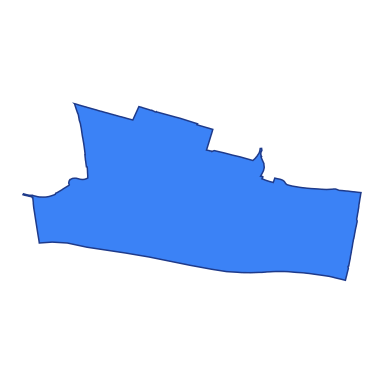 the district of Gorinchem, Zuid-Holland, Netherlands
{"feature_id": "6326949B72596125477073", "entity_name": "Gorinchem", "entity_type": "district", "adm_level": 2, "iso_a3": "NLD", "parent_name": "Netherlands", "parent_adm1": "Zuid-Holland", "projection": "natural_earth1", "projection_center": [4.979, 51.841], "detail": "fine", "context": "isolated", "style": "filled", "palette": "blue", "viewbox_px": 384, "rotation_deg": 0, "n_neighbors": 0, "source": "geoboundaries", "source_scale": "gbopen_adm2", "svg_char_len": 5672}
<svg xmlns="http://www.w3.org/2000/svg" viewBox="0 0 384 384"><path d="M345.4,280.3L345.7,279.1L346.1,277.4L346.7,275.2L347.1,273.4L347.7,271.0L348.4,268.3L348.0,267.1L348.0,266.8L348.5,266.8L348.4,266.8L348.4,266.7L348.3,266.3L348.4,265.9L348.6,265.5L348.8,265.6L349.5,261.8L349.9,259.9L350.2,258.6L350.3,257.7L350.5,256.1L350.9,254.3L351.2,252.5L351.3,252.4L351.3,252.2L351.4,251.2L351.5,250.5L351.6,250.1L351.8,249.1L352.4,245.9L352.5,244.8L352.7,243.9L352.8,242.9L353.1,241.7L353.2,240.8L353.4,239.8L353.6,238.9L353.7,238.4L353.8,238.4L353.9,237.9L354.3,235.9L354.5,234.5L354.8,232.8L355.0,232.1L355.1,231.3L355.3,230.2L355.5,229.2L355.6,228.6L355.8,227.9L355.9,227.2L356.1,226.6L356.3,225.6L356.5,224.7L356.7,223.5L356.8,223.1L357.0,222.4L357.1,221.7L357.1,221.1L357.1,220.6L357.0,220.4L356.8,219.9L356.7,219.5L356.7,219.2L356.7,218.8L356.8,218.4L356.9,218.1L356.9,217.8L357.1,216.9L357.3,215.8L357.5,214.4L357.7,213.2L358.0,212.0L358.2,210.5L358.3,209.6L358.6,208.2L358.7,207.3L358.8,206.5L358.9,206.0L358.8,205.5L359.3,202.8L360.0,198.3L360.4,196.2L360.6,194.6L361.0,192.6L357.9,192.3L354.8,191.9L352.6,191.7L350.1,191.4L348.0,191.1L346.5,191.0L346.2,191.0L342.6,190.6L339.6,190.4L339.2,190.4L338.7,190.2L337.5,189.7L336.1,189.2L335.8,189.1L335.4,189.0L335.2,189.0L333.7,189.0L332.4,189.2L330.2,189.3L328.5,189.4L326.7,189.5L324.0,189.4L322.6,189.3L322.0,189.3L318.4,189.0L316.8,188.9L315.2,188.8L313.5,188.7L311.6,188.6L309.3,188.4L306.8,188.2L305.4,188.0L302.4,187.7L301.0,187.5L299.5,187.3L297.2,186.9L292.9,186.2L292.3,186.1L290.4,185.6L289.4,185.4L289.1,185.3L287.8,184.9L287.4,184.8L286.9,184.6L286.4,184.2L286.1,183.9L285.8,183.7L285.6,183.4L285.3,183.0L285.0,182.5L284.6,181.9L284.2,181.4L284.0,181.2L283.7,181.0L283.5,180.8L283.2,180.6L282.9,180.4L282.4,180.1L281.9,179.9L280.9,179.5L280.6,179.4L279.4,179.1L277.8,178.8L276.9,178.6L274.8,178.1L274.0,180.5L273.2,182.5L272.3,182.2L269.8,181.6L267.7,180.9L266.4,180.5L265.3,180.1L264.3,179.7L262.6,179.0L262.0,178.8L262.5,177.9L262.7,177.4L262.4,177.3L262.7,176.6L261.5,176.2L260.8,176.2L260.6,176.2L262.4,172.9L263.5,170.6L264.2,167.7L264.2,167.0L264.0,165.4L263.9,164.4L263.9,163.6L263.5,162.7L263.4,162.5L263.0,161.6L261.8,158.9L261.0,156.9L261.6,156.6L261.2,155.8L260.9,155.1L260.9,154.9L260.9,154.4L260.9,154.2L260.7,154.1L260.9,152.6L261.1,152.0L261.9,150.4L261.6,148.4L260.2,148.5L260.1,149.4L260.0,149.8L259.9,150.5L259.8,151.1L259.6,151.6L259.4,152.1L259.1,153.0L258.9,153.3L258.8,153.5L258.0,154.7L257.6,155.2L257.2,156.0L255.6,157.8L255.6,158.0L252.9,160.5L240.2,156.9L235.5,155.8L232.8,155.2L228.7,154.1L223.7,152.8L214.2,150.6L213.2,151.0L212.6,151.2L212.3,151.4L212.0,151.5L211.8,151.6L211.7,151.5L211.8,151.2L209.5,150.8L209.2,150.6L206.5,150.1L209.2,141.3L211.4,134.1L211.5,134.0L211.5,133.9L212.8,129.4L199.4,125.5L196.9,124.7L197.5,123.8L180.2,118.3L175.2,117.0L172.7,116.3L162.8,113.6L156.6,111.9L156.4,111.7L156.0,112.3L155.9,112.6L155.9,112.4L155.9,112.2L154.8,111.7L153.1,110.9L151.7,110.2L151.4,110.2L151.2,110.4L148.5,109.5L142.9,107.8L141.5,107.3L141.2,107.2L140.3,107.0L138.9,106.6L133.2,119.2L132.8,120.0L126.8,118.4L125.2,117.9L124.9,117.8L124.6,117.7L123.6,117.5L122.6,117.2L121.6,116.9L121.0,116.8L120.6,116.7L119.7,116.5L118.0,116.0L117.4,115.8L116.1,115.5L115.7,115.3L114.3,115.0L114.0,114.9L112.7,114.5L112.4,114.4L112.1,114.4L111.6,114.2L111.1,114.1L107.0,112.9L106.1,112.7L104.9,112.4L101.6,111.4L101.2,111.3L100.9,111.3L97.7,110.4L96.3,109.9L94.3,109.4L93.4,109.1L91.8,108.7L91.2,108.5L90.6,108.3L90.0,108.2L89.5,108.0L89.1,107.9L88.4,107.7L87.8,107.6L86.4,107.1L85.8,106.9L85.4,106.8L85.0,106.8L84.8,106.7L84.4,106.6L84.1,106.5L82.8,106.1L81.6,105.8L80.4,105.4L79.4,105.2L77.7,104.6L77.3,104.5L76.1,104.1L74.5,103.7L74.6,103.8L75.1,105.6L76.4,109.6L77.4,112.5L77.6,113.1L77.7,113.3L77.8,113.3L78.2,114.5L78.5,115.6L78.5,115.9L78.7,116.9L79.0,118.5L79.1,119.1L79.1,119.4L79.3,120.2L79.4,120.6L79.7,121.5L80.4,123.7L80.5,124.2L80.6,125.1L80.8,126.0L80.9,126.6L81.4,129.1L81.4,129.4L81.9,132.8L82.2,134.9L82.6,137.3L82.9,138.6L83.0,139.4L83.7,143.4L84.2,146.9L85.2,154.6L84.9,154.6L85.2,157.7L85.3,158.4L85.4,159.8L85.7,161.4L85.8,162.2L85.8,162.3L86.4,166.8L87.0,166.9L87.2,167.0L87.2,167.4L87.4,168.9L87.4,170.0L87.5,170.7L87.5,171.8L87.7,175.2L87.8,175.7L87.7,176.0L87.8,178.0L87.4,178.2L86.8,178.5L85.6,179.0L84.2,179.4L82.3,179.5L80.3,179.3L78.1,178.7L76.1,178.2L74.5,178.2L72.6,178.4L71.0,179.1L70.3,179.6L70.0,179.6L70.0,179.9L69.4,180.4L69.0,181.5L68.7,183.1L69.3,184.7L69.0,185.3L68.2,185.8L64.3,188.2L63.6,188.6L63.0,189.0L61.9,189.8L57.0,192.7L55.7,193.2L55.3,194.3L54.0,194.9L51.4,195.8L49.1,196.5L46.8,196.9L45.1,197.1L42.9,197.1L40.3,197.0L40.2,197.1L37.7,196.7L35.3,196.1L32.5,195.5L32.5,195.3L30.4,195.3L29.6,195.3L28.0,195.0L26.7,194.7L25.9,194.5L23.5,193.8L23.0,194.7L24.5,195.2L25.5,195.4L27.8,195.9L28.8,196.2L29.9,196.4L30.8,196.6L31.8,196.9L32.2,197.2L32.3,197.4L32.3,197.6L32.8,197.6L32.8,198.0L33.3,202.5L33.3,203.6L33.6,206.5L33.8,208.2L34.5,212.4L35.5,219.0L38.1,235.4L39.0,240.8L39.3,243.0L52.2,242.1L67.3,243.0L86.9,247.2L125.5,253.0L149.1,257.0L190.1,265.3L211.9,269.3L224.0,271.2L226.5,271.6L236.5,272.2L241.9,272.6L251.0,272.7L258.8,272.4L262.0,272.4L262.7,272.3L265.3,272.1L267.0,271.9L269.9,271.8L273.0,271.6L275.8,271.5L276.9,271.5L278.8,271.5L280.4,271.5L281.5,271.5L283.9,271.5L287.1,271.6L288.7,271.7L289.7,271.8L291.0,271.9L291.9,272.0L295.2,272.3L298.1,272.5L300.1,272.6L301.7,272.7L304.2,272.9L304.8,273.0L308.3,273.4L308.6,273.4L310.8,273.7L314.2,274.2L318.6,274.8L325.6,275.8L326.9,276.0L327.6,276.1L329.0,276.3L331.2,276.8L333.3,277.3L335.1,277.8L341.5,279.3L345.4,280.3Z" fill="#3b82f6" stroke="#1e3a8a" stroke-width="1.5"/></svg>